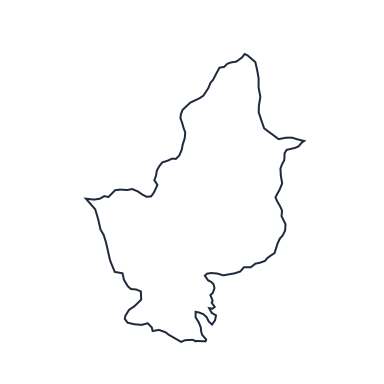 outline of Klavdia, Larnaca, Cyprus, rotated 106°
{"feature_id": "46923920B5144996201228", "entity_name": "Klavdia", "entity_type": "district", "adm_level": 2, "iso_a3": "CYP", "parent_name": "Cyprus", "parent_adm1": "Larnaca", "projection": "natural_earth1", "projection_center": [33.518, 34.889], "detail": "fine", "context": "isolated", "style": "outline", "palette": "slate", "viewbox_px": 384, "rotation_deg": 106, "n_neighbors": 0, "source": "geoboundaries", "source_scale": "gbopen_adm2", "svg_char_len": 2257}
<svg xmlns="http://www.w3.org/2000/svg" viewBox="0 0 384 384"><g transform="rotate(106 192 192)"><path d="M112.1,98.3L112.3,105.5L112.2,110.9L113.9,116.6L117.3,123.3L114.9,129.6L112.9,135.1L110.9,140.2L105.0,144.4L97.1,149.8L90.6,151.5L81.7,152.5L73.2,156.8L64.6,159.2L56.8,163.0L49.7,166.9L45.3,176.4L44.9,179.5L48.9,181.0L54.5,185.4L56.7,190.2L59.0,193.4L62.9,195.6L64.9,199.8L71.9,201.4L78.5,202.7L81.7,204.3L87.5,204.9L96.2,207.6L99.9,210.7L103.5,214.8L106.7,218.4L111.1,221.0L115.7,223.7L120.4,224.1L124.4,223.4L128.0,220.7L133.0,217.6L136.6,214.9L142.4,213.8L149.2,214.0L154.3,213.5L160.4,214.3L164.6,216.6L165.4,220.3L168.6,224.0L171.7,228.7L176.0,230.5L181.0,231.7L185.9,231.1L191.1,231.4L194.7,227.2L200.9,228.1L203.4,228.6L207.5,230.1L209.1,234.3L208.1,239.3L206.5,243.8L205.6,250.2L208.0,254.9L209.4,261.5L211.5,266.4L219.8,270.9L220.2,275.2L223.9,278.8L226.3,284.1L227.2,289.1L227.7,292.1L235.3,280.3L241.8,276.1L244.4,274.5L253.3,269.6L257.7,265.0L264.0,260.9L270.1,257.5L278.4,253.0L281.4,251.1L290.1,244.2L289.3,236.4L295.2,233.2L300.4,227.6L302.1,224.0L301.1,218.7L301.7,213.7L309.5,211.2L317.1,215.5L322.8,220.1L329.4,221.9L332.6,221.6L335.4,217.8L335.0,210.7L333.5,203.5L330.4,198.4L333.3,193.3L336.5,191.5L336.3,191.1L333.7,185.8L334.1,178.8L335.7,174.9L336.6,171.1L339.1,161.0L336.5,158.1L333.9,150.6L334.5,147.3L334.1,147.2L333.1,143.0L331.8,137.8L329.9,137.7L326.3,143.1L323.4,144.8L319.8,146.2L315.3,149.7L311.5,154.0L306.2,155.5L305.9,152.2L306.3,147.5L308.2,143.6L311.9,140.1L313.9,136.2L309.0,134.5L304.0,134.9L302.8,139.7L298.9,143.5L298.6,140.2L296.2,138.5L293.0,142.6L290.8,142.2L286.0,145.9L283.3,144.2L278.1,143.9L274.6,146.0L273.1,148.9L272.5,152.2L268.9,156.6L266.4,155.1L264.6,151.2L264.1,148.7L263.4,145.2L263.5,138.9L261.3,134.5L258.5,128.7L255.1,123.7L250.0,121.3L248.2,114.8L243.5,111.4L241.0,106.8L238.2,102.9L234.6,101.3L230.6,98.1L228.0,95.8L218.1,95.6L212.5,94.7L208.9,92.9L203.4,91.9L197.2,93.2L194.4,95.8L190.5,99.3L186.6,100.0L185.0,100.4L181.2,103.6L177.6,107.4L174.2,110.3L169.7,109.4L165.6,108.4L158.9,107.7L151.8,111.1L145.2,113.4L140.6,113.1L136.2,112.1L133.0,112.7L129.3,113.7L125.3,112.6L124.6,111.2L121.2,105.1L118.7,102.1L113.9,99.9L112.1,98.3Z" fill="none" stroke="#1e293b" stroke-width="2"/></g></svg>